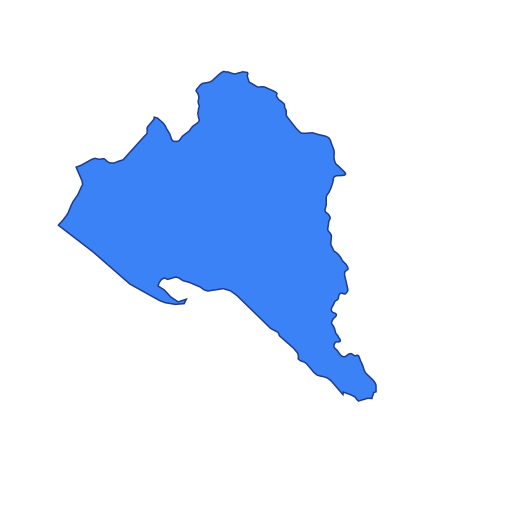 outline of Nakhon Si Thammarat, rotated 140°
{"feature_id": "THA-376", "entity_name": "Nakhon Si Thammarat", "entity_type": "Province", "adm_level": 1, "iso_a3": "THA", "parent_name": "Thailand", "parent_adm1": "", "projection": "mercator", "projection_center": [99.657, 8.562], "detail": "fine", "context": "isolated", "style": "filled", "palette": "blue", "viewbox_px": 512, "rotation_deg": 140, "n_neighbors": 0, "source": "natural_earth", "source_scale": "10m", "svg_char_len": 4926}
<svg xmlns="http://www.w3.org/2000/svg" viewBox="0 0 512 512"><g transform="rotate(140 256 256)"><path d="M251.3,74.8L253.6,75.8L254.9,74.7L257.5,73.4L258.8,72.3L261.7,75.1L270.8,79.1L271.0,81.4L270.7,84.1L272.2,88.0L276.6,95.6L278.5,93.9L278.7,112.2L279.8,116.9L281.8,120.1L284.0,122.8L285.8,125.7L286.5,129.5L286.5,141.1L287.1,143.5L289.4,147.5L289.8,150.2L289.3,150.4L288.2,151.7L287.1,153.5L286.5,155.2L286.5,161.1L289.3,179.6L288.2,183.4L291.3,190.9L296.0,238.0L297.9,245.7L302.0,252.0L315.5,260.2L317.6,263.7L318.6,267.9L323.9,278.4L327.8,284.1L329.3,289.0L330.7,291.1L332.5,292.2L337.8,294.4L338.9,295.1L340.2,298.0L343.4,298.8L347.2,297.9L350.3,296.0L348.1,289.0L347.6,279.3L345.1,270.9L337.1,267.7L341.7,265.7L349.0,270.9L355.5,278.5L358.4,283.6L370.6,315.4L378.1,363.3L387.6,406.6L386.4,406.9L381.1,407.5L375.0,408.9L372.5,409.7L364.6,413.8L360.8,415.4L353.2,417.4L344.5,421.6L343.7,421.8L342.8,422.2L340.9,425.6L336.7,439.7L331.9,438.0L320.2,435.7L317.8,434.9L316.4,434.2L314.6,431.6L313.5,430.5L310.7,428.9L310.1,428.3L309.7,427.7L309.5,426.8L309.4,425.9L309.3,424.9L309.2,424.0L308.9,423.1L308.3,421.7L307.8,421.1L306.3,419.5L304.5,418.3L299.9,416.8L296.1,415.1L264.7,419.5L263.1,419.6L261.6,419.7L260.5,420.1L259.0,421.7L257.6,423.6L257.1,424.1L255.7,424.7L246.4,426.3L244.7,427.8L242.8,424.9L241.7,417.7L241.7,415.5L242.0,413.4L242.6,411.7L243.6,404.9L245.6,399.8L245.7,398.4L245.6,397.3L245.1,396.6L243.4,395.0L242.7,394.5L241.8,394.1L240.7,393.8L239.8,393.9L236.5,394.8L235.4,395.0L232.9,395.0L227.7,394.7L226.8,394.7L222.5,395.8L220.4,396.0L214.7,395.5L213.9,395.7L213.1,396.0L212.4,396.4L211.8,396.9L211.5,397.7L211.3,398.5L210.9,399.3L210.5,400.0L210.0,400.6L208.9,402.7L207.0,404.2L205.3,405.8L204.7,406.2L203.9,406.5L203.3,406.9L202.9,407.7L202.3,409.3L201.6,410.8L201.1,411.5L200.0,412.5L199.3,412.9L198.7,413.3L198.1,413.9L197.6,414.5L197.2,415.2L196.2,417.5L196.1,418.4L195.9,420.2L195.7,421.1L195.1,421.5L194.3,421.8L188.9,422.8L187.5,422.8L186.3,422.7L184.8,422.0L182.6,420.5L179.3,418.9L177.8,418.6L176.6,418.5L166.8,418.9L164.4,418.7L162.6,418.4L162.0,417.9L161.5,417.4L160.5,416.1L159.3,415.1L158.7,414.5L158.1,413.0L157.2,411.8L156.8,411.1L155.2,409.0L147.7,405.6L144.7,402.2L144.8,401.5L145.1,400.8L145.9,400.4L146.6,400.0L147.1,399.3L147.6,398.2L149.2,394.4L149.3,393.1L149.1,392.3L148.6,391.5L146.4,385.1L146.1,384.4L145.5,383.8L144.9,383.3L143.6,382.5L141.2,380.5L140.2,378.8L136.3,370.7L135.5,368.4L135.4,367.1L136.9,366.0L137.6,365.2L137.8,363.9L138.1,361.2L137.2,358.1L136.7,354.5L136.9,353.8L137.3,353.0L138.2,351.8L138.7,351.0L139.3,348.3L139.4,347.9L139.7,347.6L140.3,346.9L142.3,344.3L142.7,343.3L143.2,327.9L142.9,323.9L142.4,321.2L141.7,320.4L139.7,318.6L134.1,314.5L133.3,313.8L130.5,309.5L125.7,303.1L124.4,300.1L124.4,298.1L124.7,296.8L124.9,296.0L125.7,294.4L128.1,287.4L128.8,286.1L130.1,284.4L132.0,282.5L133.0,281.3L133.9,279.8L135.2,277.2L135.5,275.5L135.6,274.5L135.1,272.3L134.2,263.5L134.3,261.9L134.9,261.0L135.7,261.0L136.6,261.2L137.2,261.6L138.6,262.5L142.3,265.4L143.0,265.8L143.7,266.1L144.6,266.3L145.4,266.3L146.2,266.1L147.0,265.5L149.7,263.1L155.1,259.8L158.9,258.0L162.3,257.1L163.0,256.8L164.4,255.9L169.2,250.1L169.6,249.8L173.8,246.8L174.3,245.7L174.5,244.6L174.3,243.8L174.0,243.0L173.8,241.9L173.8,240.6L174.2,238.4L174.8,237.4L175.6,236.8L176.8,236.3L178.1,235.6L183.7,230.6L184.3,229.6L184.6,228.6L184.5,226.2L184.7,224.3L185.1,223.3L185.6,222.5L190.2,218.0L191.1,216.7L191.7,215.6L191.8,214.6L193.0,210.2L193.0,209.3L192.3,206.9L192.0,205.1L192.0,201.0L192.7,197.2L192.8,196.2L192.4,192.1L192.6,190.6L193.0,188.4L193.5,187.3L194.3,186.7L195.1,186.7L196.1,186.8L197.2,186.9L198.4,186.6L200.4,184.5L206.7,172.1L207.9,170.5L208.7,170.2L210.3,169.7L211.2,169.6L212.0,169.6L212.7,170.0L213.1,170.6L213.5,171.4L213.9,172.1L214.4,172.6L215.1,173.0L215.9,173.1L216.8,173.0L217.6,172.7L218.2,172.3L220.0,170.8L220.7,170.4L221.5,170.2L222.4,170.2L223.2,170.4L224.0,170.5L224.9,170.4L225.6,170.1L227.8,169.0L230.8,167.9L232.5,166.9L233.2,166.0L233.6,165.1L233.5,164.1L233.3,163.3L233.0,162.5L232.5,161.8L232.1,161.0L231.9,160.0L232.2,159.3L232.8,158.8L233.6,158.5L234.5,158.4L236.8,158.3L238.2,157.9L240.3,156.9L241.2,156.0L241.7,155.0L241.7,154.1L241.7,153.2L241.8,152.3L242.6,149.6L244.0,146.8L244.6,145.2L244.6,142.2L245.0,140.9L245.3,137.8L245.8,136.9L246.5,136.6L247.3,136.8L248.1,137.2L249.2,138.2L249.8,138.7L250.8,138.7L252.0,138.5L253.6,137.5L254.4,136.7L254.8,135.8L254.9,134.4L254.5,131.7L254.6,129.8L254.9,126.9L254.8,125.8L254.8,124.9L254.5,124.1L254.2,123.3L253.7,122.6L253.1,122.1L252.5,121.7L251.7,121.5L248.9,121.4L248.0,121.3L247.1,120.9L246.4,120.5L245.8,120.0L245.5,119.3L244.8,116.7L244.4,116.1L243.7,115.6L242.2,114.9L241.7,114.3L241.6,113.3L243.3,108.5L243.5,107.6L244.6,103.6L246.4,99.3L247.0,97.0L247.2,95.4L246.2,86.9L246.1,84.2L246.4,81.9L246.8,80.6L247.6,79.3L251.3,74.8Z" fill="#3b82f6" stroke="#1e3a8a" stroke-width="1.5"/></g></svg>